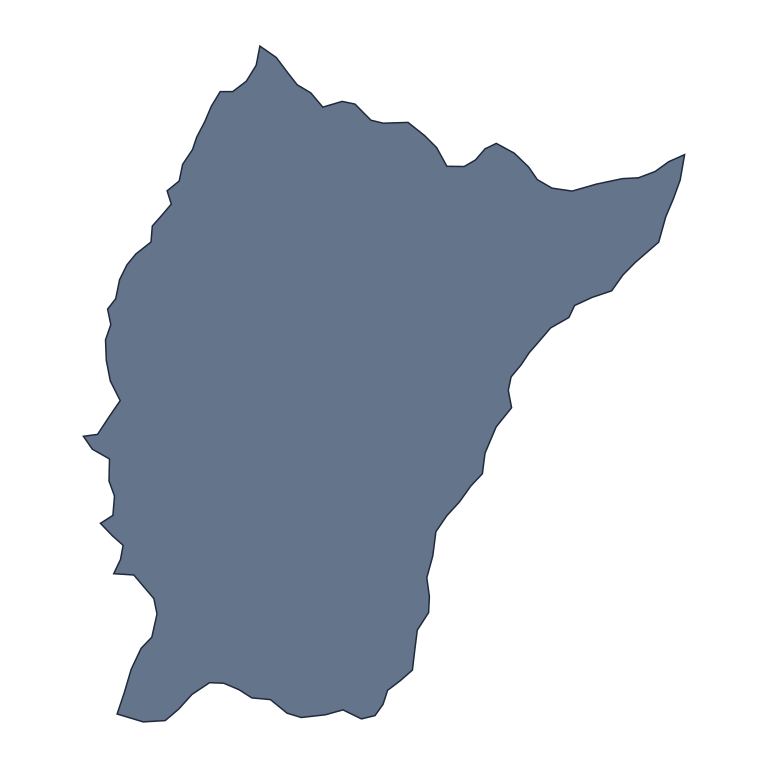 Santa Bárbara de Goiás, Goiás, Brazil
{"feature_id": "56859067B76762527426674", "entity_name": "Santa Bárbara de Goiás", "entity_type": "district", "adm_level": 2, "iso_a3": "BRA", "parent_name": "Brazil", "parent_adm1": "Goiás", "projection": "orthographic", "projection_center": [-49.679, -16.596], "detail": "fine", "context": "isolated", "style": "filled", "palette": "slate", "viewbox_px": 768, "rotation_deg": 0, "n_neighbors": 0, "source": "geoboundaries", "source_scale": "gbopen_adm2", "svg_char_len": 1620}
<svg xmlns="http://www.w3.org/2000/svg" viewBox="0 0 768 768"><path d="M107.6,309.1L110.8,324.6L105.5,339.9L106.3,360.3L110.3,381.0L120.2,400.6L109.5,416.2L97.5,434.4L83.4,436.3L92.3,449.2L109.5,459.0L109.0,481.0L114.5,496.0L112.9,515.4L100.4,523.3L112.4,535.8L123.1,545.3L120.5,559.5L113.7,573.7L133.8,575.0L153.9,598.7L157.0,614.0L151.8,637.2L141.1,648.3L131.2,669.3L123.9,693.9L117.1,714.0L143.2,721.9L165.2,720.6L178.7,709.1L192.0,694.4L209.5,682.7L223.6,683.2L239.0,689.7L251.8,697.9L270.4,699.6L287.1,713.2L301.2,717.5L325.4,714.8L342.9,709.9L361.5,718.9L375.0,715.6L383.1,704.2L387.6,690.3L399.9,681.0L412.4,670.1L415.0,648.3L417.3,630.1L428.6,612.6L429.4,596.6L426.8,577.7L432.8,555.9L435.9,531.7L446.9,515.6L459.4,502.0L470.9,485.9L482.4,473.7L485.0,453.2L496.2,426.8L511.6,407.7L508.3,390.3L511.1,376.9L521.1,364.9L529.2,352.7L537.8,342.9L550.6,327.9L568.9,317.5L574.6,305.5L592.1,297.4L611.7,290.8L622.9,275.0L635.2,262.5L658.7,242.1L665.8,216.7L673.4,198.8L680.2,180.0L684.6,154.6L668.7,161.7L655.1,171.5L638.4,177.8L622.5,178.6L596.8,184.0L572.0,191.1L551.9,188.1L537.3,179.6L528.7,167.1L514.3,153.2L496.3,143.4L485.1,148.8L475.4,160.0L464.2,166.5L446.9,166.3L436.7,147.7L424.7,135.7L408.0,122.4L383.2,123.2L370.9,120.2L355.0,104.1L342.2,101.4L322.8,107.1L310.8,92.9L297.2,84.8L287.8,72.8L276.3,57.5L259.9,46.1L256.2,65.2L246.3,81.2L232.7,91.6L220.2,91.6L211.3,106.3L204.8,121.6L196.7,137.1L192.5,149.6L182.6,164.4L179.2,181.0L167.1,190.8L171.3,204.1L161.1,216.1L152.3,226.0L151.0,242.0L135.8,254.0L126.9,264.9L119.6,279.6L115.7,298.7L107.6,309.1Z" fill="#64748b" stroke="#1e293b" stroke-width="1.5"/></svg>